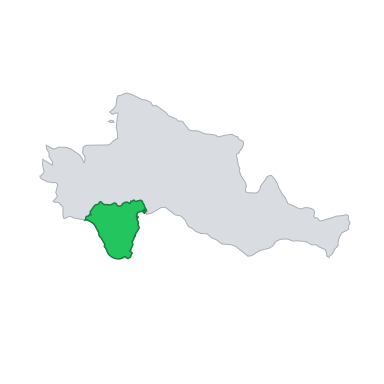 North Korea, with Kangwŏn-do highlighted, rotated 64°
{"feature_id": "PRK-3308", "entity_name": "Kangwŏn-do", "entity_type": "Province", "adm_level": 1, "iso_a3": "PRK", "parent_name": "North Korea", "parent_adm1": "", "projection": "mercator", "projection_center": [127.289, 38.794], "detail": "fine", "context": "in_parent", "style": "filled", "palette": "green", "viewbox_px": 384, "rotation_deg": 64, "n_neighbors": 0, "source": "natural_earth", "source_scale": "10m", "svg_char_len": 6251}
<svg xmlns="http://www.w3.org/2000/svg" viewBox="0 0 384 384"><g transform="rotate(64 192 192)"><path d="M224.1,278.9L222.8,279.6L220.6,283.7L218.4,288.8L216.4,291.5L214.1,293.1L211.5,294.0L206.5,294.3L202.0,294.0L200.5,293.4L194.3,293.8L192.6,294.1L183.6,293.7L178.9,294.1L176.0,295.1L172.9,297.2L170.3,300.3L168.0,303.6L163.4,309.7L160.1,312.6L160.1,316.8L160.0,318.1L158.8,319.0L158.4,318.6L156.6,318.3L148.9,314.5L142.7,316.8L141.1,319.9L139.5,320.9L137.0,314.9L132.9,314.7L126.4,309.4L123.6,310.4L122.9,312.6L119.4,317.5L114.4,321.5L112.8,322.0L111.0,321.7L111.3,320.6L109.2,316.1L101.4,314.3L98.6,312.4L97.2,311.9L104.8,306.9L106.8,306.0L105.3,304.8L103.7,304.2L97.4,305.0L94.1,303.3L89.3,303.8L86.0,302.5L92.9,297.5L93.2,294.6L93.1,292.4L96.6,285.7L100.1,282.1L109.2,276.9L113.1,276.1L116.0,276.3L118.4,275.9L115.9,273.9L113.5,272.9L108.8,273.1L103.9,270.1L103.5,266.9L112.9,246.8L113.1,245.0L111.6,240.1L111.1,235.2L104.3,232.5L101.3,232.1L92.6,226.7L89.1,224.0L87.8,224.8L87.5,229.1L86.3,230.1L84.0,230.9L82.9,226.0L81.0,222.4L75.2,218.7L73.1,216.7L74.1,212.3L73.7,211.9L74.6,207.0L78.1,203.2L86.8,196.5L89.0,193.3L93.4,189.6L95.4,189.6L97.5,189.3L98.1,187.7L98.5,186.4L100.3,185.2L104.5,183.2L109.4,180.4L113.2,179.7L117.9,175.6L119.8,173.8L121.8,173.8L122.3,173.0L123.4,170.8L124.9,169.4L127.0,169.2L130.4,168.2L134.7,167.6L137.6,164.1L138.6,161.7L140.5,158.9L144.6,156.0L147.4,151.6L150.5,146.8L152.0,145.3L153.5,145.0L154.3,143.2L155.3,138.1L156.8,133.2L157.6,130.8L161.2,128.3L162.1,127.0L162.9,126.6L164.6,126.9L166.8,125.4L169.0,123.8L170.9,124.4L172.8,125.7L174.9,128.5L175.8,130.7L177.4,132.5L177.7,135.2L179.3,136.3L182.7,136.9L188.3,138.7L192.0,138.8L194.0,140.2L198.4,140.9L207.0,139.8L210.6,140.5L212.1,142.1L214.2,143.4L215.7,143.5L217.6,141.2L219.6,137.6L221.0,134.7L220.9,132.5L219.7,130.1L216.9,127.9L215.0,124.4L213.2,120.8L212.2,119.6L211.3,117.9L211.2,115.2L211.8,113.4L216.1,112.2L221.6,111.5L226.1,112.2L233.6,111.7L238.2,110.7L241.6,110.8L244.7,110.8L246.1,109.3L250.5,105.6L252.6,104.2L254.9,101.7L255.3,99.1L255.7,96.9L257.0,94.6L259.3,91.8L261.3,90.5L263.5,90.7L265.8,92.0L267.2,93.3L268.9,92.9L270.2,90.7L271.1,90.3L273.7,90.1L274.6,88.7L275.6,82.1L276.6,77.0L276.8,73.3L279.1,67.3L279.9,63.7L281.3,62.0L282.9,62.1L284.2,63.2L285.9,63.8L288.2,63.2L289.8,64.1L290.8,66.1L294.1,67.4L294.4,68.4L294.3,74.9L296.2,78.0L298.6,80.8L302.0,83.3L303.8,83.8L304.8,85.6L305.9,88.7L308.3,91.7L309.5,93.9L309.8,96.2L310.9,97.5L309.0,98.9L306.4,98.0L302.2,97.5L296.9,101.9L293.9,103.5L291.8,107.9L287.6,110.4L285.4,113.2L282.4,118.0L280.4,122.6L275.9,127.2L273.3,133.1L273.2,138.2L276.0,143.3L276.3,147.7L274.3,156.7L275.4,166.2L274.2,169.9L260.4,176.4L256.8,179.6L251.7,188.0L245.5,191.1L241.7,194.6L236.4,196.6L233.0,202.4L229.2,205.8L224.8,207.8L221.5,210.4L214.1,210.6L208.8,212.4L205.1,217.2L193.9,222.8L192.4,227.0L193.1,233.5L193.2,238.4L192.2,242.5L189.7,241.3L188.4,242.7L187.0,246.4L187.4,250.7L191.2,252.1L194.4,253.8L198.8,254.7L202.1,256.7L209.0,265.7L214.7,269.6L216.2,271.1L219.4,273.0L222.4,276.1L224.1,278.9ZM94.0,234.8L91.9,236.2L91.8,233.7L93.4,231.6L95.1,231.3L94.0,234.8Z" fill="#d9dde1" stroke="#a8b0b8" stroke-width="1"/><path d="M223.8,278.8L221.6,279.9L220.6,280.7L220.4,281.4L220.5,282.2L220.8,283.8L220.6,285.5L220.1,287.0L219.4,288.3L218.5,289.6L216.5,291.7L214.1,293.2L211.6,294.2L209.0,294.4L205.1,294.1L202.6,294.7L202.1,294.5L201.6,294.1L201.1,293.4L200.8,293.2L193.6,293.8L191.4,294.5L190.3,294.6L186.7,293.5L182.1,293.9L180.9,293.8L178.5,294.0L176.0,295.0L173.6,296.5L171.5,298.2L171.3,298.5L170.8,299.1L170.3,300.4L170.0,299.8L169.9,299.6L169.8,299.4L169.6,299.2L169.0,299.1L168.7,298.9L167.8,297.9L167.7,297.2L167.9,296.7L168.1,296.2L168.2,295.9L168.1,295.6L167.8,295.2L167.7,295.0L167.6,294.7L167.7,294.4L167.8,294.1L168.0,293.7L168.3,293.0L168.2,292.7L167.9,292.5L167.7,292.6L167.1,293.0L166.9,293.1L166.6,293.0L166.1,292.6L165.8,292.3L165.5,292.2L165.2,292.1L164.9,292.0L164.7,291.7L164.5,291.4L164.5,291.1L164.4,290.8L161.9,286.4L161.6,285.8L161.4,284.9L161.3,284.2L161.4,283.9L161.4,283.4L161.6,282.9L161.7,282.7L161.8,282.4L161.8,282.0L161.8,281.5L161.7,281.1L161.5,280.8L160.7,279.6L160.5,279.2L160.6,278.7L160.7,278.4L160.9,278.2L161.1,278.1L161.4,277.9L163.6,277.2L164.0,277.0L164.5,276.6L164.7,276.4L165.1,275.9L165.8,274.4L167.0,272.5L167.6,271.5L167.7,271.1L167.8,270.6L167.9,269.6L167.9,268.3L167.8,267.4L167.8,267.0L167.9,266.6L168.0,266.3L168.1,266.1L168.4,265.9L168.6,265.7L168.8,265.5L169.0,265.4L169.3,265.3L171.0,265.2L171.3,265.1L171.5,265.0L171.7,264.9L172.0,264.7L172.6,263.9L172.9,263.3L173.2,262.6L173.3,262.2L173.3,261.8L173.3,261.6L173.2,261.4L173.1,261.1L173.0,260.8L172.9,260.7L172.7,260.5L172.3,260.0L172.1,259.2L171.9,257.4L172.3,255.4L173.1,254.3L173.4,254.1L174.6,253.4L174.8,253.2L175.0,253.0L174.9,252.6L174.7,252.3L173.5,250.9L174.0,250.5L174.1,250.2L174.0,249.9L173.8,249.0L173.7,248.3L173.8,247.9L174.0,247.6L175.1,247.3L175.4,247.1L175.8,246.8L176.0,246.5L176.0,246.1L176.1,245.5L176.1,245.2L176.4,244.1L176.6,242.6L176.7,242.2L176.9,241.8L177.1,241.5L177.5,241.2L177.8,241.0L178.1,240.9L178.3,240.8L178.6,240.8L180.0,241.0L181.9,240.7L183.1,240.8L185.0,241.1L186.8,240.9L187.7,240.9L188.0,240.9L188.5,240.9L189.0,241.1L188.7,241.5L188.5,241.8L186.8,242.4L186.8,242.8L187.2,243.0L188.1,243.2L188.5,243.5L189.0,243.1L189.6,242.9L190.1,243.1L190.3,243.9L190.1,244.3L188.9,244.6L188.5,244.8L188.3,244.5L188.1,244.3L187.9,244.1L187.6,244.1L187.3,244.2L187.3,244.5L187.5,244.8L187.5,245.1L187.1,246.4L186.8,247.7L186.5,249.1L186.9,250.0L187.3,251.0L187.9,251.4L188.3,251.6L189.1,252.5L189.5,252.7L190.3,252.6L190.4,252.2L190.3,251.7L190.3,251.4L191.0,251.3L191.8,253.2L192.5,253.7L195.3,253.4L196.3,253.7L196.7,254.1L197.0,254.5L197.4,254.9L197.9,255.0L200.5,255.0L201.0,255.1L201.4,255.5L202.3,257.0L203.5,258.7L203.7,259.2L203.9,259.9L204.5,260.7L205.8,262.0L205.9,262.6L206.1,262.8L206.4,262.5L206.7,262.3L206.9,262.5L207.0,262.8L207.1,263.5L207.3,263.9L207.6,264.2L208.0,264.3L208.6,264.7L209.9,266.8L210.6,267.6L213.5,268.3L218.0,273.9L218.5,273.6L220.2,272.7L220.7,272.5L221.8,274.4L222.1,274.6L222.8,275.0L223.1,275.4L223.6,276.2L223.6,276.4L223.6,277.1L223.6,277.9L223.7,278.8L223.8,278.8Z" fill="#22c55e" stroke="#15803d" stroke-width="1.5"/></g></svg>